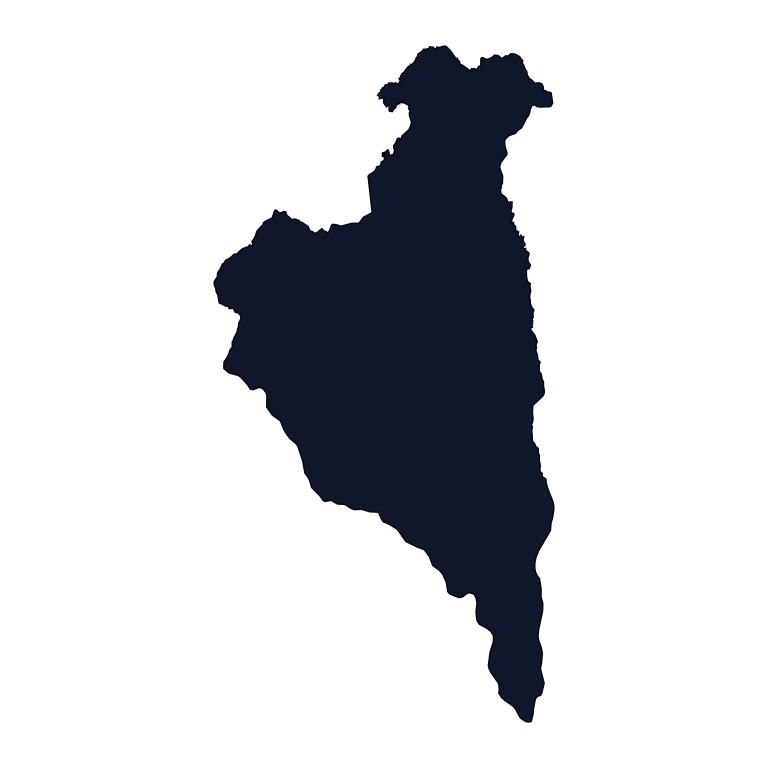 the district of Fredonia, Antioquia, Colombia
{"feature_id": "7082276B62659196933194", "entity_name": "Fredonia", "entity_type": "district", "adm_level": 2, "iso_a3": "COL", "parent_name": "Colombia", "parent_adm1": "Antioquia", "projection": "equal_earth", "projection_center": [-75.678, 5.875], "detail": "fine", "context": "isolated", "style": "filled", "palette": "ink", "viewbox_px": 768, "rotation_deg": 0, "n_neighbors": 0, "source": "geoboundaries", "source_scale": "gbopen_adm2", "svg_char_len": 6037}
<svg xmlns="http://www.w3.org/2000/svg" viewBox="0 0 768 768"><path d="M552.6,102.8L551.1,93.0L550.2,92.3L547.3,92.2L546.0,90.9L543.7,90.8L543.1,86.7L542.0,84.1L539.4,82.9L534.5,83.2L532.1,80.4L529.1,78.2L527.1,74.6L526.8,71.6L524.9,68.7L523.4,64.5L522.3,63.8L522.6,60.5L521.1,59.0L519.8,56.8L515.0,54.1L511.0,53.8L507.9,56.1L505.8,55.8L502.1,58.5L500.9,58.0L498.4,55.7L494.8,55.1L491.5,57.8L486.5,59.6L483.0,57.7L481.6,57.7L480.9,59.0L480.8,66.0L478.6,66.4L477.8,68.2L476.3,69.6L474.5,68.8L471.7,68.7L470.2,70.8L462.2,65.1L460.0,64.4L459.5,61.6L458.0,60.2L457.0,58.2L455.6,58.1L450.0,50.2L446.1,46.4L444.4,46.1L438.9,47.5L437.0,47.1L436.4,48.6L435.6,48.8L434.1,48.4L433.0,47.1L429.5,46.8L429.3,48.2L425.8,49.5L423.9,49.1L421.5,51.7L418.2,53.9L417.7,55.0L417.9,55.9L416.0,58.6L415.3,60.6L412.2,64.3L410.6,64.4L410.6,65.7L409.1,66.1L407.3,67.6L403.9,72.5L402.1,73.6L400.6,76.4L400.4,78.1L399.1,78.5L400.4,80.7L399.3,82.7L396.9,84.3L395.7,82.8L393.2,83.7L392.4,83.0L391.1,82.9L389.9,83.9L389.0,82.8L388.0,84.5L385.4,84.9L383.8,87.5L382.1,88.2L382.2,89.8L380.9,89.9L380.9,92.7L379.6,92.5L377.6,95.3L379.4,96.3L379.4,98.7L383.6,97.7L383.7,102.9L386.5,106.8L387.9,105.1L388.9,104.9L389.3,110.8L389.9,111.3L392.5,111.5L393.4,109.3L395.5,107.9L396.2,104.9L397.6,104.5L397.9,103.3L399.7,103.8L400.1,102.0L402.3,102.7L402.8,100.6L403.2,100.4L403.8,102.8L408.1,104.9L409.1,107.0L408.8,108.8L409.0,109.4L409.9,109.2L410.1,110.7L409.4,113.0L409.4,115.2L411.5,122.1L410.6,126.1L408.8,129.9L402.2,135.8L401.0,139.0L400.2,139.1L398.7,138.1L397.2,138.9L396.5,141.4L393.7,145.8L393.8,147.9L394.9,150.7L394.0,152.1L393.9,154.3L391.9,154.7L390.0,156.6L388.3,150.1L387.3,149.9L385.8,151.9L382.4,153.1L382.6,154.2L385.2,154.1L384.5,154.9L382.3,155.7L382.6,156.3L384.8,157.0L384.4,157.7L384.4,160.4L381.5,162.0L381.0,163.0L381.1,164.8L380.3,165.8L376.6,167.0L376.3,168.6L374.5,171.5L369.5,174.6L368.1,176.2L372.2,212.6L363.4,217.3L359.0,223.3L351.5,223.4L340.8,226.3L336.2,224.7L332.3,224.4L331.4,225.6L329.5,231.0L327.6,232.9L326.9,232.8L326.1,231.5L323.8,231.1L322.3,229.0L321.6,228.9L317.3,232.4L314.6,233.5L312.8,231.8L309.8,230.7L308.1,226.6L301.7,222.2L300.5,222.2L298.8,220.5L295.1,219.1L291.3,219.5L289.3,217.2L286.8,215.4L285.6,211.9L283.6,211.6L280.6,213.1L278.7,212.4L276.7,210.4L275.3,210.1L274.5,211.2L272.1,218.1L267.5,220.1L263.4,222.8L263.0,224.6L257.2,230.8L254.6,237.9L252.1,241.5L252.7,243.6L252.5,245.8L251.9,246.1L249.6,244.9L247.5,247.6L246.3,247.1L244.8,248.1L243.0,248.4L239.2,251.5L237.0,254.1L234.5,254.0L229.6,258.4L225.8,260.2L224.2,262.8L222.4,264.1L220.2,269.2L218.1,272.0L217.5,273.9L217.5,276.5L214.2,281.8L214.4,285.3L215.9,288.9L216.1,291.3L217.9,295.1L219.2,302.8L225.7,306.0L228.0,306.2L229.4,308.7L233.1,308.1L235.2,312.1L238.3,313.1L240.8,315.8L240.9,318.9L238.8,323.0L238.5,326.8L237.4,329.6L237.2,331.7L233.5,339.0L233.4,340.8L232.5,341.4L232.2,343.7L232.4,346.7L229.9,350.3L228.9,353.8L226.7,358.1L224.0,362.0L223.9,368.5L229.0,372.9L238.0,375.3L240.2,376.7L247.3,384.3L250.4,389.2L253.1,389.6L258.4,387.5L261.0,387.6L263.8,389.6L265.5,391.8L266.8,394.8L267.0,396.5L266.7,407.0L272.3,415.0L280.4,420.8L284.2,430.2L287.5,435.3L289.6,438.0L296.6,444.2L298.0,446.6L302.7,460.7L305.0,473.3L307.9,477.0L309.7,480.5L311.7,487.5L320.5,496.5L323.0,500.3L325.1,501.4L331.2,500.3L337.5,504.0L345.0,504.4L350.7,508.2L354.1,509.6L361.8,509.3L369.6,511.7L378.0,512.2L378.9,513.1L381.5,519.0L383.3,521.8L389.3,524.3L397.4,529.3L405.9,541.5L417.8,547.3L424.3,549.6L429.4,556.6L432.8,565.5L439.6,570.5L442.7,574.1L446.3,582.1L447.9,591.7L450.1,594.1L458.8,597.5L461.2,597.3L463.4,596.2L467.6,593.0L469.9,592.7L474.3,594.3L476.3,598.7L477.0,603.0L476.1,612.0L476.6,618.7L477.2,620.9L479.5,624.3L486.4,628.0L490.9,631.3L493.0,634.7L493.5,636.6L493.5,641.4L490.1,652.4L488.4,665.3L489.0,668.3L491.0,672.5L498.7,683.6L499.3,689.2L498.9,693.2L501.8,697.7L504.4,700.1L513.5,706.5L515.3,708.6L519.6,716.6L521.1,718.5L526.1,721.7L529.3,721.9L531.3,721.4L533.0,714.2L533.4,709.1L535.3,699.0L537.3,696.3L540.4,695.3L541.6,693.6L544.1,683.3L540.4,668.8L541.6,662.1L542.3,653.1L541.1,647.3L538.5,640.0L537.9,635.8L538.8,628.6L542.5,611.3L542.8,603.7L541.0,596.7L541.1,589.3L539.5,578.7L537.2,575.9L535.4,571.8L534.8,568.3L534.8,563.1L536.0,557.2L538.5,550.8L550.4,530.5L551.0,523.0L552.4,518.1L553.8,509.9L553.8,506.8L553.2,502.5L548.2,489.8L546.4,483.8L545.8,479.0L542.0,476.4L542.2,473.3L540.9,472.5L539.8,470.7L540.2,465.5L539.2,460.1L539.4,455.8L538.1,452.3L538.2,448.4L535.5,446.1L534.8,443.9L532.8,441.8L532.4,440.1L531.7,429.7L532.4,427.3L531.5,424.9L532.7,421.4L533.0,418.1L532.4,413.8L532.7,405.6L542.9,395.9L544.1,393.5L544.3,390.5L543.5,386.0L543.4,381.4L542.1,379.6L541.2,374.0L539.2,371.5L539.2,364.2L539.9,363.2L540.0,362.0L538.0,360.2L537.2,354.4L535.8,350.8L536.4,347.2L535.9,345.3L537.2,341.5L534.7,335.1L530.6,329.9L530.8,327.7L532.4,327.2L531.9,325.4L532.6,323.8L531.9,322.4L532.8,321.4L532.0,318.9L533.3,317.2L532.7,315.6L533.1,314.4L532.8,312.8L533.9,310.2L531.5,306.9L530.3,303.3L530.2,300.3L529.6,297.8L529.9,293.9L530.7,291.2L529.9,286.7L530.2,283.6L527.5,281.4L526.5,276.8L526.3,269.4L529.2,268.5L530.3,265.6L530.3,264.8L528.6,262.4L527.8,260.1L528.0,256.8L528.7,255.8L529.0,253.4L528.3,252.3L525.8,250.8L525.5,248.5L523.7,248.7L522.7,247.4L523.0,246.6L524.8,245.6L525.1,244.6L524.7,243.4L523.6,242.2L523.4,240.6L522.8,239.8L523.7,236.8L522.1,237.0L520.9,235.2L519.7,236.7L517.9,235.9L518.6,231.9L517.6,231.8L517.2,231.0L515.8,231.3L515.5,226.3L513.6,224.6L513.4,222.4L511.0,222.5L512.0,219.0L513.9,215.2L513.5,213.4L511.6,213.3L510.8,211.5L511.9,207.2L512.0,202.0L507.6,202.2L506.7,198.7L503.8,195.8L501.5,194.5L500.8,192.8L500.4,189.5L501.3,187.8L501.1,185.8L502.4,183.2L502.6,176.0L500.4,170.1L499.6,166.5L500.8,162.6L506.8,154.5L506.9,152.4L505.3,147.9L504.8,144.7L504.6,141.2L505.2,139.2L508.7,135.7L515.2,133.4L517.8,130.4L521.5,127.9L526.6,118.0L528.8,115.1L530.6,108.4L531.8,105.7L534.1,104.7L537.4,106.6L540.5,107.0L549.5,106.7L551.1,105.9L552.6,102.8Z" fill="#0f172a" stroke="#020617" stroke-width="1.5"/></svg>